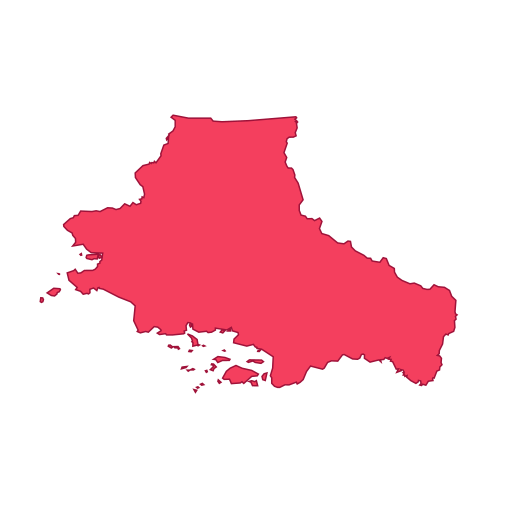 Takua Thung, Phangnga, Thailand (Mercator projection), rotated 98°
{"feature_id": "78962969B58097970477976", "entity_name": "Takua Thung", "entity_type": "district", "adm_level": 2, "iso_a3": "THA", "parent_name": "Thailand", "parent_adm1": "Phangnga", "projection": "mercator", "projection_center": [98.425, 8.29], "detail": "fine", "context": "isolated", "style": "filled", "palette": "rose", "viewbox_px": 512, "rotation_deg": 98, "n_neighbors": 0, "source": "geoboundaries", "source_scale": "gbopen_adm2", "svg_char_len": 6124}
<svg xmlns="http://www.w3.org/2000/svg" viewBox="0 0 512 512"><g transform="rotate(98 256 256)"><path d="M263.2,59.6L260.8,65.0L261.1,71.3L259.7,75.7L264.8,79.2L265.3,82.1L264.9,86.3L262.6,88.7L260.8,95.5L262.1,99.7L259.9,108.0L257.3,113.1L252.7,116.6L249.1,117.3L246.8,122.9L240.4,126.6L240.0,129.8L245.0,132.5L244.8,140.3L242.3,142.2L242.7,145.5L240.3,149.3L237.1,158.4L233.8,162.7L228.4,164.5L228.4,167.0L231.7,170.6L231.7,177.0L225.7,186.8L224.6,194.0L220.0,197.0L212.6,195.5L209.6,198.3L212.8,202.9L211.2,205.8L212.0,210.5L209.7,212.6L209.2,217.1L204.9,219.5L199.4,220.3L193.8,217.2L178.0,224.4L172.9,228.7L170.4,228.8L165.3,231.4L164.0,233.1L164.4,236.4L162.8,237.9L158.9,240.2L154.2,239.3L149.8,242.7L139.9,240.8L138.7,241.9L135.6,241.6L133.7,239.7L133.1,235.6L131.4,233.0L128.4,234.3L123.4,233.1L118.7,234.5L118.2,233.8L117.5,235.3L116.9,234.0L115.1,236.5L113.5,235.0L112.6,235.9L123.1,282.6L127.8,308.3L128.4,317.2L125.8,320.0L128.9,342.0L128.1,357.7L130.4,359.4L132.9,354.9L139.3,354.0L143.7,355.6L147.4,359.4L148.3,358.8L152.0,361.2L153.4,360.6L151.1,359.1L156.8,358.7L159.0,362.7L168.0,364.5L170.0,364.0L177.6,368.0L176.4,369.8L178.0,370.2L178.0,372.2L179.0,372.7L178.2,374.3L179.9,374.7L182.2,380.5L190.6,387.2L195.1,386.3L201.5,380.6L203.1,377.7L210.2,375.0L213.8,375.2L213.3,377.0L215.3,377.0L216.1,379.2L217.8,377.5L219.9,377.6L221.9,381.7L220.2,385.3L224.3,387.7L222.6,393.3L227.9,397.2L229.5,401.1L228.5,404.9L228.9,409.7L233.7,416.6L233.5,420.6L234.8,424.6L235.9,435.9L240.5,437.8L241.3,441.5L243.5,442.2L244.8,445.1L251.6,450.9L253.5,450.4L256.8,446.3L258.8,441.3L261.1,440.3L263.8,437.2L267.5,436.5L271.6,438.9L268.4,428.8L272.8,424.7L275.6,419.7L274.5,408.2L281.5,408.2L283.2,409.8L284.8,409.6L286.1,411.8L288.4,411.4L291.4,413.3L293.0,415.7L294.2,423.9L297.1,427.1L297.9,430.0L294.3,433.2L295.8,434.4L299.0,440.6L306.1,437.8L312.0,428.7L314.4,429.9L315.4,424.8L317.9,421.8L316.5,418.2L316.9,416.6L315.5,415.3L312.1,415.9L310.3,412.4L312.4,408.8L309.5,408.1L309.0,407.0L309.9,406.5L310.1,402.6L315.8,386.2L318.8,373.7L322.2,368.7L337.1,368.1L345.8,362.4L347.3,363.1L348.2,359.8L346.1,354.8L346.4,352.0L340.1,347.0L340.1,343.4L342.2,340.0L343.2,339.6L346.1,343.0L347.2,340.6L345.5,334.7L346.6,333.6L345.8,327.8L343.1,316.8L342.3,315.9L340.3,316.7L339.2,314.5L334.7,315.6L331.4,314.2L331.4,311.6L333.7,312.2L335.5,311.0L334.7,310.1L332.1,310.3L332.2,309.4L337.2,308.3L339.4,302.1L337.4,294.5L338.5,292.8L337.6,289.4L335.0,285.9L333.1,286.2L333.3,274.5L330.1,270.5L333.4,268.9L334.3,263.1L336.5,262.4L341.3,266.2L345.0,266.1L346.5,252.6L343.9,246.3L346.2,244.0L346.3,242.4L347.4,242.2L347.5,237.4L353.4,224.9L364.7,223.9L372.6,225.1L374.4,223.5L379.9,222.7L382.4,219.6L383.1,216.4L382.8,214.2L379.5,209.4L379.0,205.3L375.3,198.5L377.0,197.4L375.0,194.8L371.8,192.1L363.3,189.9L357.4,186.7L358.8,174.3L357.5,172.8L351.4,170.3L349.3,166.7L348.7,160.4L341.8,156.6L341.3,154.9L344.5,146.0L344.1,141.0L342.6,139.0L338.9,137.9L338.2,136.3L338.8,134.8L342.2,134.4L345.2,128.3L341.8,119.9L343.4,117.5L341.4,118.3L340.7,115.1L338.7,113.9L339.1,111.9L337.7,109.6L339.7,110.4L339.6,107.8L341.4,108.2L341.6,106.0L348.5,101.4L347.9,99.2L351.6,100.4L349.4,96.3L348.3,96.9L348.5,94.5L350.4,93.1L351.1,94.1L351.7,93.1L353.4,93.6L353.2,92.3L354.5,91.8L353.4,89.8L355.0,89.9L357.9,85.3L359.9,79.9L358.1,77.9L356.6,77.8L356.8,75.6L359.3,74.8L361.0,75.9L361.2,74.0L359.8,73.1L360.3,69.8L356.0,67.9L354.7,63.4L353.0,64.1L351.9,63.7L352.1,62.6L344.8,60.9L343.3,58.4L340.3,58.5L337.8,56.7L335.8,57.9L331.5,58.1L329.4,60.2L329.2,62.6L327.2,61.0L324.1,61.3L317.2,59.0L309.8,59.1L306.9,57.1L307.4,54.7L306.0,54.4L303.1,49.8L299.0,49.1L292.4,50.5L290.7,49.1L288.0,50.1L286.3,48.7L285.5,50.4L283.5,51.2L272.1,51.9L268.7,56.6L263.2,59.6ZM381.6,272.1L382.6,270.4L381.7,265.1L385.8,262.6L383.9,253.9L382.5,252.4L383.9,250.4L375.8,243.5L374.5,238.1L372.6,237.2L369.9,244.4L369.1,254.1L367.2,260.6L370.7,266.0L374.3,269.3L381.6,272.1ZM319.8,447.7L318.8,445.9L316.6,445.0L315.7,445.6L316.1,451.8L321.6,457.7L323.6,453.2L323.6,449.9L321.4,447.9L319.8,447.7ZM366.8,279.0L364.1,274.7L363.1,267.9L361.9,267.4L360.8,272.6L360.9,279.7L364.2,283.6L364.2,281.4L366.8,279.0ZM281.0,412.8L276.2,412.5L278.3,422.4L278.9,423.7L281.1,424.0L282.0,423.2L282.5,417.9L281.2,416.0L281.0,412.8ZM353.0,300.9L352.0,299.6L351.6,301.2L346.9,302.7L344.0,307.8L342.7,313.0L346.2,308.5L349.0,307.1L349.8,307.6L350.6,306.4L354.1,306.0L352.4,301.8L353.0,300.9ZM361.8,250.1L362.4,248.7L360.4,244.5L361.5,242.0L361.6,236.1L359.6,233.9L358.3,236.0L359.8,248.1L361.8,250.1ZM384.9,241.4L384.2,236.3L379.4,238.3L380.6,239.7L380.1,242.9L381.2,245.4L381.7,243.4L384.9,241.4ZM374.4,233.3L377.5,232.1L378.0,229.5L370.3,228.9L371.5,231.6L374.4,233.3ZM373.3,281.9L371.4,279.9L368.9,283.0L369.0,284.9L369.9,285.1L370.0,283.5L371.5,282.8L374.9,285.4L375.6,282.5L373.3,281.9ZM331.2,463.3L331.8,462.0L330.9,460.7L328.8,460.4L327.2,461.4L327.3,463.3L331.2,463.3ZM336.3,280.8L336.8,278.2L334.2,276.3L333.9,279.3L336.3,280.8ZM278.0,412.2L280.0,410.9L278.8,408.4L276.2,410.8L278.0,412.2ZM357.6,330.3L358.9,327.0L357.7,325.8L356.1,328.6L356.5,330.1L357.6,330.3ZM378.1,314.1L376.2,309.8L375.0,309.0L376.3,313.7L378.1,314.1ZM357.2,324.7L358.2,323.6L357.9,320.5L359.1,319.9L358.4,318.9L356.5,320.6L357.2,324.7ZM387.2,274.6L385.9,273.1L383.9,276.1L385.4,276.3L387.2,274.6ZM359.9,309.2L359.9,306.9L358.5,306.0L358.5,308.8L359.9,309.2ZM378.0,305.3L377.5,302.0L376.8,301.3L376.3,302.9L378.0,305.3ZM399.4,297.0L397.2,296.0L396.9,298.9L399.4,297.0ZM390.7,293.1L391.5,291.8L390.7,289.8L389.6,291.4L390.7,293.1ZM334.1,273.0L333.8,270.8L332.5,271.2L334.1,273.0ZM376.7,290.1L378.1,289.0L377.4,288.1L376.1,288.8L376.7,290.1ZM350.2,241.0L350.1,239.5L348.9,238.7L349.4,240.8L350.2,241.0ZM278.9,430.5L279.7,429.5L279.4,428.8L277.9,429.3L278.9,430.5ZM394.3,296.6L395.0,295.5L394.3,294.3L393.6,295.3L394.3,296.6ZM378.6,308.2L379.5,307.1L378.2,305.6L378.6,308.2ZM352.3,296.4L352.8,295.5L352.2,294.2L351.7,295.6L352.3,296.4ZM354.2,275.4L354.6,273.7L354.3,273.3L353.5,274.3L354.2,275.4ZM301.0,449.5L301.5,448.9L301.6,447.5L301.0,448.6L301.0,449.5Z" fill="#f43f5e" stroke="#9f1239" stroke-width="1.5"/></g></svg>